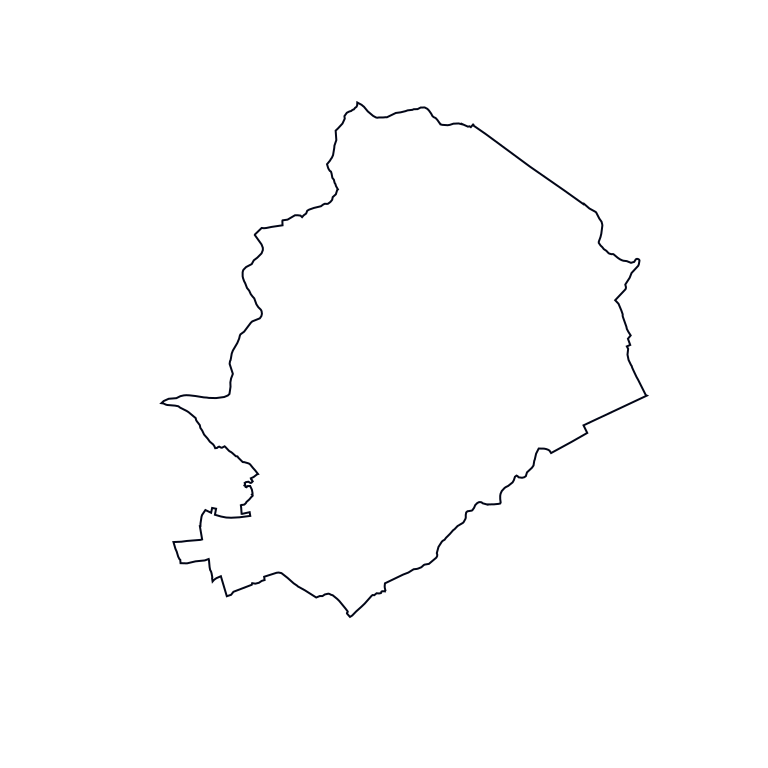 Niculitel, Tulcea, Romania, rotated 131°
{"feature_id": "2599482B9005867250176", "entity_name": "Niculitel", "entity_type": "district", "adm_level": 2, "iso_a3": "ROU", "parent_name": "Romania", "parent_adm1": "Tulcea", "projection": "orthographic", "projection_center": [28.494, 45.189], "detail": "fine", "context": "isolated", "style": "outline", "palette": "ink", "viewbox_px": 768, "rotation_deg": 131, "n_neighbors": 0, "source": "geoboundaries", "source_scale": "gbopen_adm2", "svg_char_len": 6166}
<svg xmlns="http://www.w3.org/2000/svg" viewBox="0 0 768 768"><g transform="rotate(131 384 384)"><path d="M579.6,256.1L574.0,255.8L566.8,254.9L562.4,254.5L551.8,254.4L550.7,254.1L549.8,252.8L546.8,252.3L545.3,250.3L543.9,249.2L543.4,249.2L542.4,249.7L542.0,249.6L541.4,249.2L540.0,247.4L539.8,247.7L538.9,247.5L537.3,249.7L536.1,250.9L533.8,252.5L515.2,244.5L510.3,241.9L504.4,240.1L502.0,237.9L500.8,237.1L497.8,235.6L494.5,235.2L493.6,234.8L490.3,232.1L480.7,230.6L479.0,231.0L477.9,231.8L477.0,233.2L471.2,236.0L465.1,236.9L463.8,236.8L461.8,236.1L459.4,236.3L453.9,235.9L449.0,235.9L447.3,235.5L442.9,235.3L436.9,233.3L435.9,233.3L432.2,234.1L431.1,234.7L429.2,236.4L427.0,237.7L425.3,237.5L422.1,234.8L421.4,234.5L418.3,234.8L415.6,235.7L412.6,235.5L410.7,234.7L409.8,233.6L409.3,232.7L409.3,231.3L407.1,226.7L406.9,226.8L402.6,222.0L399.2,218.8L397.9,217.9L396.8,218.3L394.6,220.8L392.2,222.9L390.4,224.0L387.5,224.9L383.3,224.8L381.8,224.4L379.4,223.4L373.9,222.4L371.4,222.9L368.1,224.3L366.2,223.9L365.9,222.8L366.1,221.2L364.2,218.3L362.4,217.0L360.5,216.5L356.9,218.1L350.1,217.4L347.4,217.7L343.4,220.2L342.0,220.7L336.8,223.5L331.2,224.9L327.7,220.7L326.7,218.9L326.0,217.1L325.7,215.4L326.5,212.6L304.7,204.5L287.6,198.5L284.3,206.3L220.3,178.0L220.6,179.2L214.1,195.0L213.0,198.1L210.1,204.7L208.8,207.5L207.9,208.9L207.6,210.1L205.4,215.2L202.1,219.5L197.3,222.8L196.3,225.4L193.0,223.8L189.8,229.6L185.5,229.7L184.3,233.8L183.1,236.9L181.8,238.6L176.7,247.6L176.0,248.6L174.8,249.6L172.8,253.1L169.6,259.6L169.1,264.5L154.1,263.9L153.0,264.3L152.1,265.0L150.7,267.1L150.3,267.2L142.6,268.3L137.8,270.0L128.0,269.7L126.5,270.2L123.3,272.1L122.9,272.7L122.8,273.2L123.0,274.2L123.5,275.1L124.2,275.6L125.0,275.7L127.7,275.3L130.5,277.1L132.0,281.4L133.9,284.2L134.5,285.6L135.1,287.8L135.4,290.5L135.5,295.8L135.7,296.4L136.8,297.5L137.8,299.6L137.9,300.6L137.6,303.6L138.0,306.6L137.5,309.0L137.4,311.4L136.6,314.5L135.6,315.3L131.1,317.0L128.0,318.6L121.1,323.2L120.3,324.1L118.8,326.3L117.9,330.0L115.3,336.5L115.4,337.7L116.8,344.2L116.8,351.4L117.4,351.3L119.7,375.2L124.2,416.5L128.6,471.0L130.3,486.6L128.8,487.0L133.2,487.0L133.4,488.5L134.7,489.5L136.4,495.1L136.5,494.9L138.4,498.6L142.0,502.4L145.2,504.3L146.9,505.7L150.3,510.2L150.8,511.4L150.7,512.2L150.9,512.2L149.7,517.0L149.4,519.5L150.0,521.6L150.0,523.2L149.0,525.8L148.1,529.5L147.9,531.8L148.6,534.7L151.3,537.7L154.5,539.0L157.2,541.9L158.4,542.4L162.0,545.7L164.0,546.8L168.1,549.7L171.7,552.9L180.8,556.8L181.5,557.7L183.7,559.8L186.3,562.8L187.5,563.8L188.1,564.9L188.8,568.1L188.9,575.1L187.9,581.1L188.0,582.4L188.0,584.1L189.1,588.8L191.4,587.0L193.0,586.6L194.5,587.0L196.5,586.9L197.8,587.6L199.5,587.9L201.2,589.0L203.7,590.0L207.8,589.6L209.5,587.7L214.7,586.2L221.4,586.4L224.5,586.7L231.2,580.0L236.6,577.8L238.5,576.4L244.7,572.6L247.4,571.8L249.5,571.6L250.7,571.3L255.5,571.2L257.6,567.9L258.2,566.5L258.7,564.7L258.5,563.7L258.6,563.2L259.6,561.6L262.3,558.2L262.7,555.9L264.6,553.2L265.0,551.8L266.1,550.1L267.4,546.4L268.3,546.6L272.4,544.8L276.6,545.3L278.9,544.0L280.0,543.9L281.8,543.9L284.6,544.5L285.3,545.0L286.9,547.0L288.7,547.7L291.2,548.2L297.1,552.4L301.5,554.9L303.6,555.6L306.4,554.6L309.5,555.3L311.8,555.3L311.7,557.5L313.3,559.9L315.1,561.9L323.2,564.6L327.0,567.9L327.6,567.7L330.8,564.7L339.2,571.9L343.5,575.2L345.2,576.8L346.5,578.7L355.8,579.5L356.3,579.3L356.4,578.9L359.0,568.0L360.7,564.8L362.4,563.3L365.8,562.1L371.8,562.5L376.1,563.4L380.3,562.5L386.2,564.8L389.7,565.0L390.6,564.9L392.4,564.0L395.5,561.3L396.6,559.8L398.1,557.2L399.1,554.7L401.4,550.4L402.0,547.0L403.6,543.5L404.2,540.6L404.5,538.1L407.6,532.5L408.5,529.2L408.7,526.0L409.0,524.9L409.5,524.0L411.1,522.2L413.2,521.1L415.9,520.8L423.2,524.5L425.2,524.7L436.3,523.9L440.7,524.9L441.9,524.6L444.8,523.1L449.3,521.6L457.9,520.0L460.9,518.9L465.0,516.4L466.8,515.4L467.8,515.2L469.5,514.1L470.1,513.7L475.4,504.9L475.8,504.6L480.2,503.0L483.6,501.0L486.8,498.0L492.9,494.1L495.1,494.3L498.7,496.1L504.9,501.6L509.5,507.2L510.4,508.7L512.3,511.2L516.7,518.3L520.2,523.4L522.1,525.8L523.9,527.6L526.8,529.7L530.9,531.4L536.4,536.8L541.4,539.1L544.5,539.4L543.4,537.7L542.7,535.2L542.1,533.9L537.4,527.5L535.9,524.9L535.7,524.4L535.6,522.4L533.8,515.2L533.5,513.2L533.3,503.7L534.4,502.3L534.9,500.9L535.9,496.0L537.6,493.8L538.4,490.7L540.2,486.6L540.9,481.4L541.8,477.6L541.7,473.2L542.3,471.0L543.2,469.3L541.9,468.1L540.3,467.8L539.4,467.3L538.9,465.2L538.4,464.5L535.6,463.4L535.6,462.3L536.1,457.5L536.1,456.3L535.8,455.4L535.6,453.5L535.7,448.4L534.8,447.1L535.2,445.6L535.6,439.5L535.3,438.9L534.8,438.5L533.4,435.5L532.7,433.9L532.5,432.3L533.3,427.9L533.7,424.7L534.6,420.0L535.4,420.5L539.8,421.4L542.5,422.6L542.6,422.3L543.1,421.7L543.1,420.6L543.6,419.9L543.5,419.6L543.6,419.2L545.5,419.3L546.2,419.8L546.4,420.3L546.7,422.2L548.6,423.8L550.1,424.2L550.4,423.5L550.9,423.0L552.2,422.8L552.2,422.6L551.8,421.9L552.5,420.9L552.1,420.0L550.7,420.1L548.8,418.1L550.4,414.4L552.7,411.5L553.2,411.2L554.0,411.2L553.9,410.4L554.2,410.0L555.1,409.7L555.8,410.0L559.4,409.9L563.3,410.4L564.5,410.1L566.6,410.3L568.7,412.0L569.0,412.7L568.9,413.1L571.0,410.7L575.4,406.3L575.0,405.8L568.9,401.3L571.3,398.4L579.5,405.7L585.2,411.6L588.3,415.5L590.9,420.0L593.6,425.8L588.3,428.9L590.3,432.4L594.6,430.0L596.3,436.1L602.1,435.4L603.8,434.7L609.5,431.1L611.7,429.3L612.1,429.7L620.6,419.3L622.1,420.3L631.8,429.8L636.0,433.5L641.4,439.2L645.2,433.3L646.5,430.5L649.3,426.1L650.4,423.4L650.3,422.5L652.7,420.0L648.6,415.0L641.5,409.9L634.7,403.5L631.1,401.5L631.8,400.5L636.6,395.5L638.4,393.2L639.0,391.5L640.1,389.8L642.6,386.7L643.3,386.4L645.5,383.8L643.3,383.8L640.5,383.1L636.1,381.0L647.3,363.4L643.4,361.1L639.6,361.3L622.3,352.1L620.8,352.8L619.1,350.1L616.1,348.0L612.8,347.1L610.3,345.5L608.1,348.0L596.9,341.2L595.4,339.8L594.0,337.3L593.6,329.7L593.7,321.4L593.2,317.2L593.3,316.3L591.6,308.3L589.6,295.1L586.1,293.3L584.4,291.3L581.7,290.6L578.8,288.5L578.2,287.4L577.9,285.9L577.1,284.1L576.9,278.2L577.1,275.3L578.7,265.9L579.4,262.5L579.7,261.9L581.2,261.7L581.5,261.4L582.1,256.9L579.6,256.1Z" fill="none" stroke="#020617" stroke-width="2"/></g></svg>